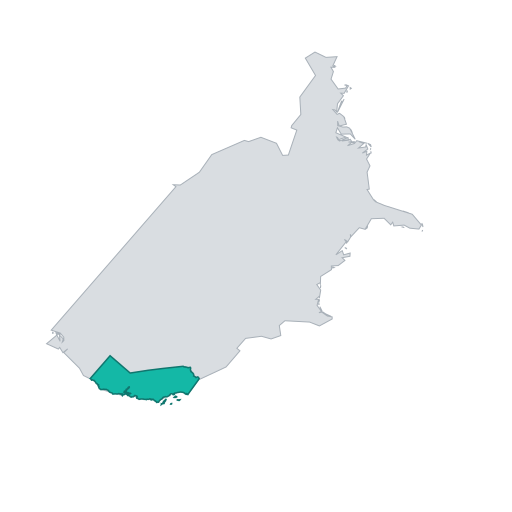 location of California within United States of America, rotated 311°
{"feature_id": "USA-3521", "entity_name": "California", "entity_type": "State", "adm_level": 1, "iso_a3": "USA", "parent_name": "United States of America", "parent_adm1": "", "projection": "robinson", "projection_center": [-120.441, 37.266], "detail": "fine", "context": "in_parent", "style": "filled", "palette": "teal", "viewbox_px": 512, "rotation_deg": 311, "n_neighbors": 0, "source": "natural_earth", "source_scale": "10m", "svg_char_len": 8914}
<svg xmlns="http://www.w3.org/2000/svg" viewBox="0 0 512 512"><g transform="rotate(311 256 256)"><path d="M404.7,184.8L431.3,182.5L437.7,163.4L448.6,166.7L451.8,178.5L459.6,186.4L449.9,189.2L449.9,191.4L447.6,188.7L446.0,193.4L438.7,196.6L435.9,208.4L441.5,213.5L444.4,212.9L443.1,210.6L444.3,211.7L445.1,214.2L436.6,215.8L434.5,213.1L434.3,216.8L424.4,217.6L417.7,222.3L418.0,219.7L416.9,217.9L416.1,224.3L418.5,225.4L418.8,230.8L414.8,237.8L408.7,233.5L411.3,229.1L408.0,232.1L410.3,237.0L413.0,239.8L413.9,242.9L409.2,254.3L410.0,247.1L403.9,240.4L406.2,233.3L401.4,235.4L404.8,246.0L399.5,242.8L397.8,243.1L398.9,239.8L398.6,238.8L397.4,241.4L397.6,243.6L405.7,247.7L404.3,249.6L400.4,245.9L399.1,245.3L403.9,249.7L405.9,250.5L405.2,253.2L402.6,251.1L406.8,255.2L406.0,255.7L404.0,253.6L399.3,252.7L405.5,256.5L409.1,256.4L414.1,266.1L409.8,258.7L411.6,263.5L404.7,262.5L410.3,267.3L412.4,265.9L410.1,270.2L403.4,268.7L407.7,271.0L404.6,273.2L408.8,274.8L401.7,275.8L398.8,282.9L392.2,284.8L380.8,297.6L379.0,296.2L375.5,307.9L375.4,310.8L378.4,319.8L390.0,346.5L387.9,360.5L383.2,361.3L377.9,353.8L376.5,347.5L369.1,340.3L371.2,337.0L367.9,337.2L368.5,327.9L359.8,318.6L347.7,320.8L345.1,315.4L332.9,315.0L334.3,312.9L332.3,315.0L327.0,315.9L326.5,311.8L325.9,314.7L309.3,315.5L316.6,317.6L314.4,321.4L320.0,325.1L317.4,327.1L311.2,322.1L311.0,326.0L302.7,324.3L297.9,319.4L295.2,321.9L283.0,318.2L276.4,323.5L278.1,322.0L274.3,320.6L272.7,327.2L265.7,331.5L267.3,330.2L262.5,329.5L264.3,331.7L258.8,334.5L257.1,341.8L254.5,340.7L256.8,342.6L257.5,349.3L260.0,353.4L258.4,354.8L244.8,349.7L241.3,339.8L226.1,320.3L218.8,319.2L212.2,326.9L203.3,321.8L199.0,312.8L187.0,302.2L173.8,302.1L173.9,306.1L152.6,306.2L124.7,293.8L106.7,295.4L104.1,288.6L96.3,282.2L80.4,277.1L80.3,272.3L66.8,250.8L67.2,248.5L69.9,251.4L68.2,246.7L73.9,246.2L63.1,246.8L53.7,226.7L55.7,216.1L52.6,204.2L55.5,196.4L57.0,174.3L62.4,174.8L56.4,173.7L58.2,167.8L56.1,167.9L52.4,155.5L65.7,157.6L63.1,164.1L67.4,159.5L67.0,164.9L63.9,166.3L66.1,166.5L68.6,164.2L69.4,158.7L65.7,150.1L255.8,150.1L255.5,146.8L259.9,152.3L282.1,158.3L303.5,156.1L335.6,171.4L337.5,175.4L348.8,181.8L354.5,197.5L349.4,210.1L353.4,214.2L377.8,204.2L375.8,198.4L377.9,197.4L392.2,197.0L404.7,184.8ZM428.0,220.3L432.2,219.6L417.6,223.3L429.3,218.8L428.0,220.3ZM66.8,155.4L68.5,158.9L68.4,159.4L66.0,156.8L66.8,155.4ZM259.7,352.2L257.6,346.3L257.6,343.0L258.0,346.5L259.7,352.2ZM451.1,189.7L451.4,191.5L450.7,191.1L451.1,189.7ZM298.1,321.2L298.5,322.6L297.1,321.5L298.1,321.2ZM86.6,282.6L88.4,281.8L88.5,282.1L86.6,282.6ZM84.6,282.1L83.9,283.0L83.3,282.2L84.6,282.1ZM440.7,216.1L439.7,217.3L439.3,217.0L440.7,216.1ZM258.4,339.9L257.5,342.6L259.7,337.4L258.4,339.9ZM386.5,337.7L388.7,342.9L386.2,337.2L386.5,337.7ZM96.0,287.0L96.8,288.4L95.9,287.1L96.0,287.0ZM388.8,361.3L387.4,363.0L389.6,359.5L388.8,361.3ZM415.2,269.4L413.9,271.4L414.4,266.6L415.2,269.4ZM64.9,152.6L65.0,153.6L64.2,153.1L64.9,152.6ZM264.4,332.8L261.9,334.0L264.5,332.4L264.4,332.8ZM444.9,216.6L445.1,217.9L443.8,217.6L444.9,216.6ZM96.0,290.9L96.6,292.7L95.7,291.1L96.0,290.9ZM261.3,335.0L260.3,335.7L261.1,334.6L261.3,335.0ZM413.5,245.1L412.2,247.9L413.6,244.1L413.5,245.1ZM275.7,324.6L274.0,325.7L276.4,323.9L275.7,324.6ZM375.9,309.3L375.9,311.5L375.5,310.0L375.9,309.3ZM409.5,275.1L408.9,275.6L410.4,273.9L409.5,275.1ZM352.1,320.4L350.1,321.5L349.3,321.3L352.1,320.4ZM326.1,315.5L325.8,315.9L324.6,315.8L326.1,315.5ZM374.3,347.7L374.7,349.3L373.9,347.4L374.3,347.7ZM321.1,318.6L320.9,320.0L320.6,317.5L321.1,318.6ZM384.4,365.0L383.3,365.2L384.9,364.7L384.4,365.0ZM418.6,231.8L417.9,233.1L418.6,231.2L418.6,231.8ZM412.6,271.8L412.0,272.3L411.8,272.3L412.6,271.8Z" fill="#d9dde1" stroke="#a8b0b8" stroke-width="1"/><path d="M124.7,293.8L106.7,295.4L106.5,294.4L106.4,294.2L106.0,294.0L106.0,293.9L106.4,293.9L106.8,294.8L106.9,294.6L106.7,294.0L106.3,293.8L106.3,293.7L106.1,293.7L105.9,293.8L105.9,294.2L105.7,294.0L105.7,293.2L105.5,292.7L105.7,292.3L105.6,291.3L105.2,290.3L103.8,288.2L102.7,287.3L102.1,286.9L101.4,286.2L100.3,285.6L99.2,284.6L98.5,284.4L98.7,284.6L98.4,284.4L98.2,284.4L98.0,284.5L98.1,284.9L97.9,285.0L97.4,284.7L97.0,284.6L96.9,284.3L97.1,284.0L97.2,283.8L96.8,282.8L96.2,282.1L95.1,282.0L94.5,282.0L94.2,282.1L94.1,282.3L93.7,282.0L93.1,281.9L91.9,281.4L91.7,281.4L91.1,281.0L90.5,279.9L90.1,279.7L89.8,279.5L89.7,279.5L89.2,279.0L88.8,278.9L88.4,278.6L87.6,278.6L87.3,278.8L86.7,278.6L86.1,278.7L85.7,278.4L85.1,278.2L84.5,278.2L84.2,278.1L83.0,278.1L81.8,278.4L81.6,278.3L81.4,277.7L80.9,277.4L80.4,277.3L80.3,277.1L80.7,276.0L80.4,275.6L80.6,274.7L80.4,274.3L80.2,274.2L80.4,273.1L80.4,272.2L79.9,271.8L79.6,271.8L79.5,272.0L78.6,271.4L78.5,271.2L78.8,270.2L78.8,270.5L79.0,270.4L78.7,270.1L78.6,269.5L78.4,269.4L77.7,269.3L77.0,268.5L76.5,267.7L76.3,267.8L75.6,267.5L75.2,266.4L74.3,265.5L74.0,264.5L73.6,264.3L72.7,263.1L72.0,262.5L71.7,262.4L71.5,262.0L71.1,261.8L71.1,261.1L70.8,260.2L70.7,259.9L70.9,259.9L70.9,259.6L70.5,259.3L70.8,258.8L71.2,259.2L71.3,259.1L71.7,258.7L71.8,258.0L72.1,258.1L72.1,257.9L71.8,257.8L71.9,257.3L71.8,257.1L71.4,256.3L71.1,255.9L70.9,255.8L70.6,256.0L70.2,256.0L69.4,255.9L68.8,255.4L68.2,254.6L67.9,254.6L67.9,254.4L67.7,254.1L67.4,253.9L67.3,253.4L67.5,252.4L67.2,251.7L67.1,251.4L66.9,251.2L66.6,250.9L66.6,250.3L66.8,249.7L66.7,248.7L66.9,248.6L67.0,248.4L67.5,248.4L67.8,249.1L67.8,249.3L67.6,249.3L67.7,249.8L67.6,250.0L67.8,250.2L67.7,250.2L68.6,250.6L68.7,250.8L69.0,250.9L68.9,251.0L69.4,251.2L69.7,251.6L70.0,251.6L70.0,251.4L70.0,251.2L69.7,251.1L69.4,250.5L69.2,249.7L69.0,249.4L68.9,249.3L68.6,249.2L68.9,249.0L68.9,248.9L68.4,248.8L68.3,248.7L68.0,248.7L68.0,248.4L68.3,248.2L68.2,247.9L68.1,248.0L68.2,247.7L67.6,247.6L67.6,247.4L67.3,247.0L67.5,247.1L67.8,246.8L67.8,246.6L68.3,246.6L68.4,246.4L68.8,246.2L69.4,246.5L69.9,246.3L70.4,246.2L72.7,246.7L72.8,246.6L72.5,246.4L72.8,246.3L72.9,246.0L73.3,245.8L73.5,245.9L73.6,246.1L73.2,246.2L73.2,246.3L73.3,246.5L73.5,246.5L73.6,246.1L74.5,246.7L74.2,246.3L73.8,246.2L73.6,245.9L73.4,245.8L72.8,245.9L72.7,246.3L72.3,246.5L72.1,246.4L72.1,246.2L72.5,245.9L72.8,245.4L72.3,246.0L71.9,246.2L71.6,246.1L71.2,246.3L71.0,246.2L70.7,246.1L70.4,245.9L70.6,245.7L70.1,245.5L69.5,246.4L69.3,246.3L69.1,246.2L68.6,246.1L68.3,245.8L67.6,245.4L67.3,245.6L66.8,245.7L66.9,245.8L66.9,246.0L66.8,246.6L67.2,246.9L66.8,247.0L66.8,247.3L67.2,247.8L67.1,248.0L67.0,247.7L66.8,247.7L66.8,247.9L66.9,248.0L67.0,248.2L66.6,248.4L65.7,247.6L65.3,247.7L65.1,247.6L64.4,246.8L63.7,246.4L63.7,246.2L63.6,246.5L63.3,246.6L63.4,246.8L62.9,246.8L63.5,245.5L63.4,245.0L63.2,244.6L64.4,246.1L64.4,245.9L63.6,244.8L63.4,244.6L63.3,244.4L63.1,244.1L62.9,244.0L62.7,244.1L62.6,243.9L62.6,243.5L62.2,242.7L60.7,241.7L60.5,241.4L60.0,240.6L59.6,240.2L59.4,240.1L59.3,239.9L57.9,238.6L57.8,238.2L58.2,237.6L58.0,236.7L57.6,236.1L57.4,235.4L57.4,235.0L57.2,234.8L57.3,233.9L57.7,232.8L57.5,232.5L57.5,231.8L57.2,231.4L57.1,230.4L56.7,230.1L56.5,229.8L55.8,228.8L55.5,228.7L55.4,228.3L55.2,228.0L54.7,227.8L53.4,226.6L53.6,226.1L53.4,225.6L53.1,225.0L53.5,224.0L54.4,222.3L54.5,222.3L54.3,222.8L54.5,222.9L54.6,222.5L54.7,222.4L54.8,221.9L55.3,221.8L55.5,221.7L55.4,221.4L55.0,221.4L54.7,222.0L54.5,222.3L54.5,222.2L54.9,221.5L55.4,220.0L55.4,219.8L55.1,219.6L55.0,219.0L55.3,218.5L55.8,216.3L55.7,215.5L55.8,215.4L55.5,215.1L55.5,214.8L55.3,214.3L55.1,213.6L54.9,213.6L54.4,213.3L54.7,212.6L54.9,211.7L54.8,211.3L85.0,211.3L85.1,237.8L98.9,249.5L109.8,259.3L125.0,273.4L125.1,274.5L125.5,274.8L125.7,275.5L126.1,275.6L126.6,276.7L126.7,277.0L127.1,277.6L127.0,277.9L127.1,278.1L127.3,278.2L128.9,279.4L128.9,279.7L128.2,280.5L127.0,281.2L126.8,281.5L126.7,282.1L126.0,282.6L126.0,282.9L126.3,283.3L126.1,283.5L126.1,284.1L126.2,284.5L126.3,284.8L126.1,285.1L126.0,286.2L125.6,286.6L125.3,287.3L124.6,287.6L124.8,287.9L124.6,288.4L124.9,288.9L125.0,289.4L124.8,290.4L125.1,290.7L126.0,290.9L126.3,291.1L126.6,291.5L126.6,292.5L126.2,293.0L126.1,293.6L125.8,293.6L125.0,293.5L124.7,293.8ZM88.7,282.0L88.5,282.4L87.7,282.4L87.3,282.7L86.5,282.7L86.1,282.5L86.0,282.2L85.7,281.8L85.8,281.6L86.6,281.9L87.0,281.8L87.3,281.9L87.5,282.1L87.9,282.2L88.0,282.1L88.4,281.8L88.7,282.0ZM84.8,282.0L84.8,282.3L85.1,282.5L85.3,282.5L85.4,282.8L85.2,282.8L84.8,283.1L84.4,283.1L84.3,283.3L83.9,283.0L83.6,282.6L83.3,282.3L83.9,282.2L84.1,282.1L84.4,282.2L84.8,282.0ZM96.5,287.5L95.8,287.3L95.6,287.0L96.1,287.0L96.4,287.3L96.5,287.2L97.4,287.6L97.4,287.8L97.8,288.2L97.8,288.5L97.7,288.6L97.3,288.4L96.7,288.3L96.5,288.0L96.6,287.8L96.5,287.5ZM96.4,291.8L97.5,292.8L97.3,292.8L96.9,293.0L96.4,292.6L95.7,291.1L95.9,291.0L96.4,291.8ZM88.7,288.7L89.3,289.1L89.1,289.3L88.6,289.2L88.3,288.8L88.7,288.7ZM82.5,281.9L82.8,282.0L82.5,282.2L81.8,282.0L82.2,281.8L82.4,281.6L82.5,281.9ZM98.3,284.4L98.4,284.5L98.2,284.8L98.2,284.7L98.3,284.7L98.2,284.5L98.3,284.4Z" fill="#14b8a6" stroke="#0f766e" stroke-width="1.5"/></g></svg>